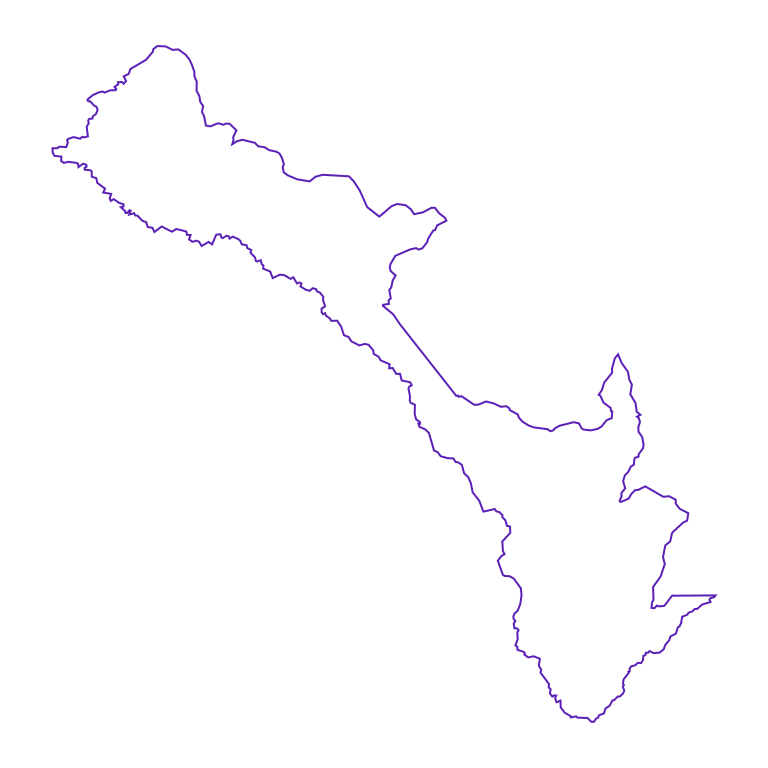 Mira, Carchi, Ecuador
{"feature_id": "8360857B23467138047954", "entity_name": "Mira", "entity_type": "district", "adm_level": 2, "iso_a3": "ECU", "parent_name": "Ecuador", "parent_adm1": "Carchi", "projection": "mercator", "projection_center": [-78.218, 0.717], "detail": "fine", "context": "isolated", "style": "outline", "palette": "violet", "viewbox_px": 768, "rotation_deg": 0, "n_neighbors": 0, "source": "geoboundaries", "source_scale": "gbopen_adm2", "svg_char_len": 6049}
<svg xmlns="http://www.w3.org/2000/svg" viewBox="0 0 768 768"><path d="M715.5,595.4L672.1,595.7L664.4,605.8L659.2,606.4L656.9,605.6L654.3,608.3L651.5,607.8L652.0,602.6L653.5,599.8L653.1,587.0L660.6,576.5L664.8,564.0L663.0,557.1L665.3,545.4L670.2,541.4L672.0,533.2L673.2,531.7L683.2,522.5L687.1,520.7L688.3,513.2L679.7,508.8L675.7,503.6L675.7,499.7L669.1,496.2L663.4,496.8L645.3,486.4L638.0,490.0L635.1,490.1L630.9,494.5L628.8,498.5L621.6,501.7L620.3,501.9L619.6,500.8L621.6,496.2L621.4,493.1L625.2,488.3L623.1,481.2L624.9,475.3L628.1,472.1L630.8,466.6L633.9,464.6L634.3,459.3L635.3,457.7L638.6,456.6L638.6,454.3L643.0,448.4L643.6,444.6L642.2,437.0L638.5,431.8L638.3,427.2L640.0,421.9L638.7,417.9L637.0,416.7L640.4,414.8L636.7,411.7L635.5,403.0L630.3,394.3L631.9,384.6L629.4,379.9L627.9,371.8L621.5,362.7L618.1,354.3L614.8,358.4L612.0,368.8L612.2,372.6L604.2,382.6L601.8,390.3L598.7,394.8L600.3,395.6L603.4,402.5L610.6,407.9L611.0,411.0L612.3,411.5L611.6,418.3L606.9,420.0L601.3,426.7L597.4,429.0L590.3,430.4L583.4,429.5L581.7,428.4L578.9,423.3L573.7,422.2L559.7,425.7L554.6,428.5L553.4,430.3L550.5,431.2L547.4,429.2L534.0,427.4L529.0,425.7L522.4,421.6L519.0,417.7L517.7,414.4L509.8,410.1L509.2,408.2L506.3,406.2L500.9,406.8L493.4,403.3L486.1,401.5L478.4,404.6L474.2,404.8L461.4,396.1L458.8,396.9L458.1,395.6L456.3,395.9L399.9,324.2L393.3,314.4L382.9,305.8L383.1,304.8L388.9,303.9L388.6,300.3L390.8,298.5L389.3,289.9L391.3,287.3L392.7,280.5L395.6,275.4L390.6,271.0L389.8,267.5L390.4,264.3L395.3,255.8L410.5,249.3L416.2,248.1L418.5,249.6L422.4,248.3L427.2,242.1L428.3,238.3L433.3,230.5L435.1,230.1L437.1,225.4L446.4,220.7L444.9,217.7L439.2,213.3L434.9,207.8L431.4,207.8L423.0,212.3L414.1,214.2L410.8,209.2L405.6,205.2L397.2,204.0L391.7,206.1L379.3,216.6L367.2,207.1L359.6,190.2L353.8,181.4L348.9,176.3L322.8,174.8L315.6,176.7L309.6,181.4L297.2,179.3L287.7,175.3L283.7,172.3L282.7,166.8L283.9,164.3L282.0,157.9L279.5,153.5L276.5,151.7L269.0,150.1L264.6,147.2L258.3,146.3L254.8,142.8L242.4,139.8L236.8,141.3L232.3,144.2L233.5,140.2L233.2,137.1L236.4,130.3L229.6,123.8L225.7,123.6L223.3,124.8L218.2,123.2L210.3,126.4L205.9,125.5L204.0,115.9L202.0,112.1L203.1,106.0L200.3,102.0L199.3,95.9L196.6,90.8L196.7,81.6L194.4,76.2L194.4,72.1L192.0,65.0L189.2,59.1L185.5,54.6L178.4,49.4L172.7,49.9L165.6,46.4L157.2,46.1L153.3,49.2L152.8,51.8L145.9,59.9L130.4,69.0L128.7,73.9L123.7,76.4L126.1,81.0L123.6,83.8L121.9,82.0L118.0,82.2L118.2,84.4L114.5,86.9L116.2,89.0L115.6,90.2L110.4,90.3L104.4,92.6L102.5,91.5L98.4,92.5L92.6,95.2L87.4,99.7L88.1,101.2L90.4,101.5L94.3,105.8L96.5,106.8L97.6,109.9L96.0,114.0L93.0,116.1L92.4,118.6L89.3,118.8L88.2,120.5L88.7,123.3L86.7,126.8L87.9,136.4L84.2,137.4L82.2,136.8L80.2,138.7L73.6,137.1L67.9,139.0L67.1,140.0L67.9,142.5L66.2,147.1L59.2,146.7L57.3,148.2L52.5,148.3L52.7,152.5L54.4,155.8L61.4,156.6L61.1,161.0L63.9,163.0L67.9,161.8L76.5,162.9L78.1,163.8L78.5,167.1L83.1,163.7L86.3,164.8L86.6,166.6L84.5,168.0L84.8,169.7L90.5,170.3L91.7,171.3L91.8,176.7L96.3,178.2L97.3,182.9L105.1,188.7L103.2,192.5L111.2,193.9L109.7,198.5L110.8,200.9L113.7,199.1L119.0,202.8L123.5,204.3L123.5,206.5L120.8,207.2L125.2,211.1L125.4,212.9L127.2,213.0L129.5,210.3L130.6,210.7L129.2,214.6L134.1,213.2L135.3,215.5L137.4,215.6L142.5,220.9L146.2,222.1L147.7,227.0L152.4,227.8L154.5,232.0L161.6,226.5L171.9,231.7L176.3,229.0L184.0,230.9L186.3,231.6L187.0,234.9L190.6,235.0L189.0,239.4L192.5,241.8L196.4,240.7L198.9,241.6L201.7,246.0L208.6,241.9L212.0,244.4L216.2,234.8L217.3,234.5L220.4,234.3L221.4,237.4L222.6,238.1L226.8,235.7L228.6,236.3L229.6,238.6L232.7,236.6L238.1,239.0L240.2,240.7L241.8,244.4L246.5,245.1L247.4,248.2L251.2,250.0L250.5,252.7L254.9,257.3L255.9,260.9L257.4,261.5L260.7,260.2L261.8,264.2L263.4,265.5L263.2,268.7L270.2,271.5L272.7,278.1L280.0,274.6L284.7,275.3L290.5,278.9L293.3,277.3L297.0,283.5L299.4,282.5L301.5,283.5L300.4,286.4L306.0,289.8L309.7,290.8L312.7,288.2L316.1,289.1L316.9,291.3L319.9,292.6L323.3,296.8L323.0,299.9L325.1,306.3L321.6,308.6L321.6,312.4L323.1,314.2L325.1,313.2L326.0,315.6L329.8,318.4L331.3,320.9L337.2,320.7L341.3,326.9L343.9,335.2L348.6,337.0L351.4,341.4L359.3,345.4L364.9,343.9L368.6,344.8L373.2,350.3L373.7,353.9L378.6,356.7L380.7,360.4L389.6,364.2L389.2,368.3L392.6,368.0L396.2,373.9L400.0,373.8L401.7,380.5L410.2,382.2L411.7,385.3L409.5,386.3L408.5,388.3L410.1,397.2L409.7,400.0L410.5,402.7L414.9,404.8L414.7,414.0L416.2,419.5L419.8,421.9L420.1,423.7L418.4,423.6L419.4,426.8L425.3,429.4L429.0,433.1L434.0,450.5L437.7,452.2L440.7,456.2L447.7,458.2L453.4,458.4L455.7,462.1L458.0,462.2L461.9,464.9L464.1,473.3L468.1,477.0L470.8,483.0L472.7,492.4L479.3,500.8L483.4,511.6L494.8,509.0L496.2,511.3L499.3,512.1L502.4,515.1L502.4,517.2L505.3,520.2L507.0,525.9L510.0,526.5L510.3,532.8L502.3,541.5L502.9,551.0L504.5,554.1L501.3,556.1L497.8,560.8L502.9,574.9L504.8,576.0L509.7,576.2L513.9,578.7L520.9,588.4L521.5,595.0L520.4,603.6L517.7,610.7L514.4,613.6L513.4,616.3L513.6,618.8L515.4,621.1L513.7,623.5L514.4,628.2L517.3,628.5L518.6,630.4L517.3,632.2L517.7,639.2L515.4,645.4L517.3,646.8L517.4,649.8L524.0,652.0L524.9,653.2L524.3,654.6L528.2,657.4L533.8,656.3L539.9,658.8L538.8,665.6L541.1,669.4L540.5,672.6L549.0,684.1L548.7,687.5L550.7,689.3L549.8,693.3L552.4,696.6L553.9,695.4L556.2,695.6L555.1,698.2L556.6,702.3L560.5,700.6L560.7,707.4L564.7,712.7L570.6,716.1L570.8,717.4L576.2,716.4L577.3,717.6L587.6,718.0L591.2,721.7L593.8,721.9L596.0,718.7L598.3,717.5L598.8,715.4L604.0,713.4L605.4,708.6L609.6,705.7L612.6,700.3L614.1,700.2L617.8,696.5L619.9,696.5L623.0,693.5L624.3,690.7L622.8,686.6L623.9,685.0L622.9,683.6L623.7,679.2L628.8,672.8L628.4,671.8L629.8,671.0L629.5,669.0L631.0,666.5L635.5,665.1L637.7,662.8L641.1,663.1L643.0,660.1L643.4,655.8L645.4,655.1L645.9,652.7L648.0,652.8L649.6,651.1L653.7,653.1L659.7,652.6L663.8,649.1L665.3,644.9L669.2,640.2L670.4,636.5L675.9,633.6L677.9,627.1L679.4,626.6L681.1,623.1L682.2,616.7L687.2,614.8L688.6,612.6L692.4,611.4L694.7,609.0L697.3,608.9L702.0,604.6L710.5,602.0L709.5,599.9L710.2,598.3L714.2,597.1L715.5,595.4Z" fill="none" stroke="#5b21b6" stroke-width="2"/></svg>